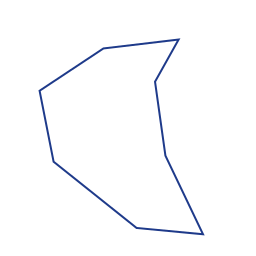 the border of Mauren, rotated 11°
{"feature_id": "LIE-4900", "entity_name": "Mauren", "entity_type": "state/province", "adm_level": 1, "iso_a3": "LIE", "parent_name": "Liechtenstein", "parent_adm1": "", "projection": "mercator", "projection_center": [9.538, 47.223], "detail": "fine", "context": "isolated", "style": "outline", "palette": "blue", "viewbox_px": 256, "rotation_deg": 11, "n_neighbors": 0, "source": "natural_earth", "source_scale": "10m", "svg_char_len": 266}
<svg xmlns="http://www.w3.org/2000/svg" viewBox="0 0 256 256"><g transform="rotate(11 128 128)"><path d="M160.8,31.5L145.7,77.4L170.0,148.0L221.9,218.0L155.5,224.5L61.4,175.3L34.1,108.3L88.7,54.6L160.8,31.5Z" fill="none" stroke="#1e3a8a" stroke-width="2"/></g></svg>